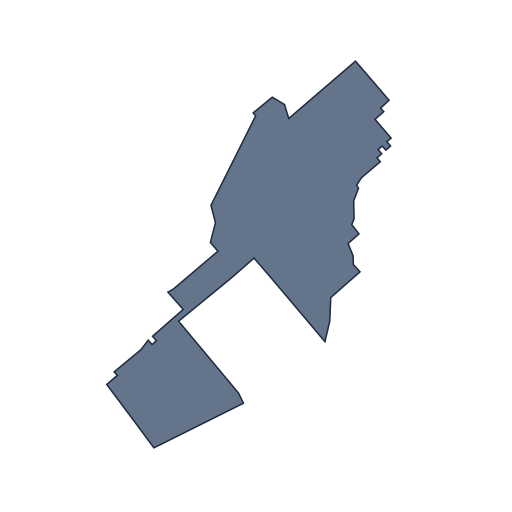 the district of Ware, Georgia, United States of America, rotated 49°
{"feature_id": "52423323B47497093243576", "entity_name": "Ware", "entity_type": "district", "adm_level": 2, "iso_a3": "USA", "parent_name": "United States of America", "parent_adm1": "Georgia", "projection": "mercator", "projection_center": [-82.412, 31.019], "detail": "fine", "context": "isolated", "style": "filled", "palette": "slate", "viewbox_px": 512, "rotation_deg": 49, "n_neighbors": 0, "source": "geoboundaries", "source_scale": "gbopen_adm2", "svg_char_len": 937}
<svg xmlns="http://www.w3.org/2000/svg" viewBox="0 0 512 512"><g transform="rotate(49 256 256)"><path d="M255.0,453.0L272.0,454.2L305.8,456.7L317.1,457.6L320.3,457.9L333.8,458.9L358.9,362.0L355.6,361.2L348.0,359.1L254.4,357.2L256.4,289.0L256.3,258.9L284.5,259.0L365.9,260.2L353.6,243.1L336.4,226.8L336.2,187.9L326.4,188.2L319.6,182.6L307.0,178.3L306.9,163.8L295.1,163.1L292.3,157.6L278.5,146.1L272.1,134.1L268.6,133.7L266.1,124.8L266.4,100.3L261.3,100.3L261.3,94.0L255.8,94.0L255.8,88.6L261.3,88.6L261.3,82.3L255.6,82.2L255.7,76.7L230.9,76.5L230.9,64.9L226.2,65.0L225.7,53.4L186.1,53.1L174.2,53.1L173.9,100.8L173.7,141.1L160.5,135.1L146.8,139.5L146.1,164.3L150.0,164.3L157.4,182.2L159.4,187.0L188.2,256.7L204.3,264.8L215.9,281.6L227.4,281.6L226.7,340.4L225.5,346.2L248.5,346.0L248.7,386.8L254.6,386.8L254.6,392.5L248.8,392.5L251.2,404.3L250.4,439.1L255.1,438.9L255.0,453.0Z" fill="#64748b" stroke="#1e293b" stroke-width="1.5"/></g></svg>